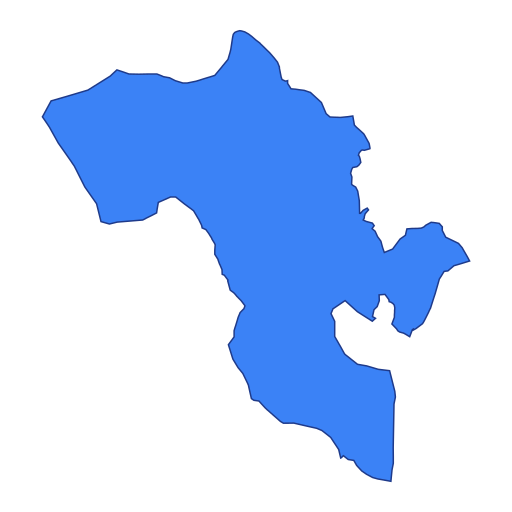 Shar'ab Ar Rawnah, Ta`izz, Yemen (Mercator projection)
{"feature_id": "15242507B72961020505586", "entity_name": "Shar'ab Ar Rawnah", "entity_type": "district", "adm_level": 2, "iso_a3": "YEM", "parent_name": "Yemen", "parent_adm1": "Ta`izz", "projection": "mercator", "projection_center": [43.798, 13.731], "detail": "fine", "context": "isolated", "style": "filled", "palette": "blue", "viewbox_px": 512, "rotation_deg": 0, "n_neighbors": 0, "source": "geoboundaries", "source_scale": "gbopen_adm2", "svg_char_len": 5016}
<svg xmlns="http://www.w3.org/2000/svg" viewBox="0 0 512 512"><path d="M116.9,69.9L111.5,74.9L110.4,76.0L87.9,90.1L72.1,94.8L65.7,96.7L51.1,100.9L42.9,116.0L42.4,116.8L47.2,123.8L49.5,127.3L51.0,130.0L58.3,143.1L62.6,149.2L71.0,161.2L72.5,163.5L74.2,165.9L76.4,170.2L79.8,177.0L84.8,186.9L85.9,188.5L96.5,203.6L96.6,203.8L101.0,221.6L109.4,224.0L117.2,222.1L142.7,220.0L145.7,218.5L145.9,218.3L151.4,215.6L156.6,212.9L157.1,209.4L158.3,202.4L167.8,198.2L170.5,197.0L175.7,197.0L184.5,204.0L188.7,207.1L191.3,209.0L192.3,209.8L193.1,210.4L193.5,210.7L193.6,210.8L196.1,215.0L198.2,218.6L198.6,219.1L198.8,219.5L199.5,221.0L200.7,223.4L201.6,225.3L202.1,227.6L202.1,227.9L205.9,229.6L206.4,230.3L208.7,233.4L210.9,237.0L211.3,237.5L211.8,238.6L211.9,238.9L212.0,239.2L214.3,242.9L215.2,244.8L214.8,250.2L214.8,254.3L218.0,259.4L218.1,259.8L218.1,260.0L218.3,260.6L219.6,264.2L219.7,264.3L220.0,264.9L222.0,269.6L222.2,274.3L224.3,275.2L228.0,280.1L227.7,280.8L230.2,290.1L231.9,291.4L232.5,291.8L232.9,292.1L233.9,292.9L235.3,294.4L236.7,296.1L236.8,296.3L237.8,297.2L238.3,297.8L240.9,300.4L241.0,300.5L241.7,301.4L242.0,301.8L244.8,305.5L244.9,306.0L243.9,308.8L243.5,309.1L240.1,312.6L239.4,314.4L238.6,316.2L238.1,317.5L237.2,320.6L235.5,326.2L235.0,327.6L234.1,330.7L234.1,336.9L228.4,344.7L232.9,359.1L237.8,367.2L238.2,367.8L241.0,371.2L242.7,373.3L242.8,373.4L247.8,383.7L247.9,384.1L248.3,384.8L251.4,398.6L253.9,400.3L258.9,401.0L261.9,404.3L265.3,408.0L266.5,409.1L267.3,409.9L268.2,410.6L271.1,413.2L280.4,421.4L281.4,422.0L283.4,423.2L293.9,423.1L295.5,423.5L296.0,423.6L308.6,426.5L316.7,428.3L321.9,430.5L330.7,437.4L334.2,442.7L338.7,449.5L340.7,458.0L341.5,457.6L342.9,456.1L343.4,455.7L348.2,459.5L353.8,460.4L356.7,465.5L361.8,471.0L366.6,474.3L372.6,477.5L375.8,478.4L378.0,479.0L378.7,479.1L382.7,479.8L383.3,479.9L385.4,480.3L390.4,481.2L390.9,481.3L392.0,470.0L393.3,463.3L393.3,460.9L393.3,456.7L393.2,447.9L394.0,404.0L395.4,397.0L394.8,391.3L391.9,379.8L389.6,370.7L388.9,370.6L383.0,369.9L378.2,369.3L366.7,365.9L357.5,364.3L344.9,354.3L344.1,353.1L340.8,347.1L340.0,345.7L339.0,344.0L338.1,342.4L334.7,336.5L334.7,329.4L334.7,328.1L334.7,324.7L334.7,321.3L334.5,320.9L331.0,313.6L331.9,311.5L333.0,308.7L333.3,308.6L343.2,301.9L345.1,300.6L357.4,311.7L372.3,321.2L375.5,318.3L372.5,316.6L374.0,309.7L377.2,306.6L379.3,300.7L379.1,294.9L381.0,294.7L385.0,294.4L388.1,298.6L388.8,299.6L389.2,301.7L390.9,302.2L392.9,303.5L394.3,305.2L394.6,307.0L394.8,307.6L394.7,309.7L394.6,310.0L394.6,311.1L394.6,312.3L394.4,314.9L394.4,317.3L391.9,324.0L396.6,328.9L397.8,330.8L399.6,332.0L401.7,332.6L403.5,333.1L403.9,333.3L405.0,333.9L405.4,334.1L409.7,336.7L412.4,329.6L413.3,329.1L413.4,330.0L416.1,328.5L422.5,323.7L422.8,323.2L423.3,322.5L424.3,320.7L426.1,317.2L428.5,312.4L429.1,311.0L430.2,308.7L430.4,308.5L433.5,298.7L435.4,292.9L435.5,292.4L437.2,286.6L439.1,279.9L439.3,279.1L441.6,275.5L442.2,274.5L444.1,271.4L446.1,271.1L447.2,271.0L447.9,270.9L452.1,267.3L454.0,265.7L457.1,264.8L461.5,263.5L469.6,261.0L467.3,256.7L462.7,248.7L462.3,247.9L458.5,243.4L454.6,241.5L445.7,237.2L442.3,230.5L442.3,226.8L440.3,224.6L439.3,223.4L436.1,222.9L434.0,222.6L433.2,222.5L432.8,222.5L431.1,222.3L425.8,225.2L423.8,227.0L421.3,228.1L417.6,228.4L411.8,228.5L406.9,228.9L405.4,235.3L400.1,239.0L399.8,239.4L392.6,249.1L392.3,249.2L385.2,252.1L384.3,252.5L382.7,247.9L381.7,244.3L381.5,243.5L381.4,243.1L380.9,241.2L379.4,239.1L377.6,236.7L375.1,231.2L372.1,228.7L372.6,227.8L374.2,225.7L372.4,223.1L366.1,221.4L363.2,220.0L364.3,217.9L364.3,216.8L365.1,213.9L366.3,212.4L368.5,209.9L367.2,208.1L363.2,210.3L360.5,213.3L359.6,213.3L359.3,200.6L357.7,191.1L355.7,187.1L352.4,185.1L351.6,184.2L351.9,177.0L350.6,173.3L351.7,169.4L352.5,167.9L352.8,167.5L356.9,166.7L358.8,165.2L360.8,162.4L360.1,158.9L359.3,156.2L358.4,155.3L359.2,152.8L361.4,150.3L362.6,150.0L364.3,150.3L367.9,149.3L369.9,148.7L370.0,148.2L369.5,145.4L369.1,143.4L365.3,136.5L364.7,135.4L364.5,135.1L364.2,134.6L363.7,133.8L360.1,130.5L356.5,127.3L354.4,125.1L352.8,116.0L347.9,116.7L340.8,117.4L340.5,117.4L340.4,117.4L339.4,117.4L337.5,117.3L333.9,117.2L330.0,117.0L326.4,113.9L326.1,113.6L321.4,102.5L310.5,92.5L310.1,92.3L309.9,92.3L304.3,90.4L301.3,90.0L300.3,89.9L297.7,89.5L295.6,89.2L291.0,88.8L289.4,86.2L289.0,85.6L287.6,83.4L287.6,81.6L287.6,80.7L287.4,80.8L285.3,81.1L282.0,79.5L281.1,76.8L279.6,69.1L279.4,68.3L279.4,67.0L277.5,62.2L274.2,58.0L269.7,52.8L266.7,49.9L264.8,48.0L261.3,44.6L260.6,44.0L260.0,43.2L255.7,39.9L251.7,36.4L248.5,34.0L246.4,32.8L244.8,31.9L241.7,31.0L239.8,30.7L238.1,31.1L236.3,31.7L234.7,32.5L233.3,34.3L232.7,36.9L230.8,49.3L230.1,52.2L228.0,59.4L222.3,66.3L221.8,67.0L214.8,75.4L210.4,76.8L208.0,77.5L202.5,79.2L200.1,80.0L196.1,81.2L187.3,83.0L184.5,83.0L182.8,83.0L181.5,82.6L175.3,80.7L169.6,77.8L163.5,76.7L161.5,75.8L156.9,74.0L152.9,74.0L149.7,74.0L148.8,74.0L139.0,74.2L138.7,74.2L129.0,74.0L123.0,71.9L117.2,70.0L116.9,69.9Z" fill="#3b82f6" stroke="#1e3a8a" stroke-width="1.5"/></svg>